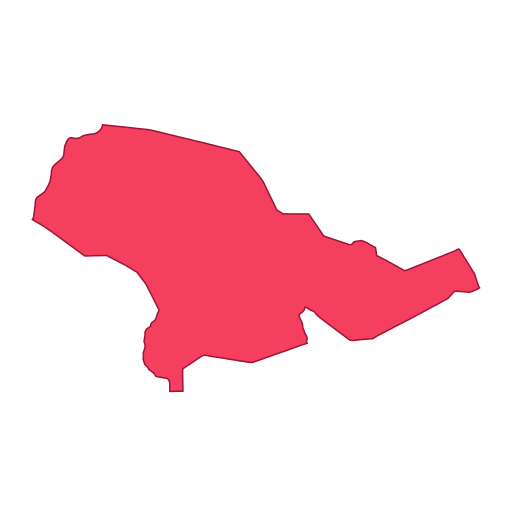 outline of Matões, Maranhão, Brazil, rotated 179°
{"feature_id": "56859067B60490474667229", "entity_name": "Matões", "entity_type": "district", "adm_level": 2, "iso_a3": "BRA", "parent_name": "Brazil", "parent_adm1": "Maranhão", "projection": "mercator", "projection_center": [-43.362, -5.379], "detail": "fine", "context": "isolated", "style": "filled", "palette": "rose", "viewbox_px": 512, "rotation_deg": 179, "n_neighbors": 0, "source": "geoboundaries", "source_scale": "gbopen_adm2", "svg_char_len": 3996}
<svg xmlns="http://www.w3.org/2000/svg" viewBox="0 0 512 512"><g transform="rotate(179 256 256)"><path d="M43.1,216.0L40.3,216.9L35.9,218.6L33.0,220.3L34.1,222.1L35.0,224.9L36.1,228.6L37.0,231.7L37.8,234.0L38.4,235.6L39.6,237.1L40.4,238.6L43.4,243.7L45.7,247.6L48.2,251.6L49.7,254.4L51.7,257.8L53.1,259.4L54.7,259.0L56.3,258.1L57.9,257.3L64.9,254.7L67.4,253.7L69.6,252.8L72.0,251.9L74.1,251.2L77.7,249.8L85.0,247.0L95.2,243.2L105.5,239.3L107.9,238.7L109.6,239.8L115.3,243.2L117.9,244.7L120.2,246.0L126.1,249.4L129.7,251.3L133.1,253.2L135.3,254.2L135.7,256.9L135.9,258.9L136.1,260.6L136.4,262.5L138.5,263.3L139.8,264.4L141.4,265.0L143.1,266.2L145.0,267.4L147.2,268.4L149.1,269.2L150.7,269.6L153.1,269.2L155.4,269.0L157.9,268.5L160.1,265.9L162.2,265.6L165.4,266.8L177.7,271.1L187.8,274.8L189.3,276.8L190.8,279.3L195.2,286.0L199.5,292.5L202.5,297.1L205.9,297.2L218.4,297.4L225.8,297.6L228.3,297.7L229.8,298.7L231.2,299.6L234.3,301.5L247.2,329.4L248.0,331.0L251.7,336.1L252.7,337.4L262.0,349.2L269.4,358.7L270.9,360.6L274.8,361.6L277.3,362.3L280.6,363.2L283.2,363.9L293.5,366.6L300.8,368.6L331.5,376.6L339.9,378.8L350.9,381.7L356.9,383.3L361.9,384.3L365.3,384.7L407.1,389.9L408.0,386.7L410.3,383.9L412.5,382.3L415.2,381.0L419.2,380.7L426.2,379.5L430.1,377.4L433.7,376.6L439.3,377.6L441.3,376.6L442.8,374.8L445.3,369.3L445.8,365.6L446.4,360.9L447.0,358.8L448.6,356.6L454.8,351.5L456.7,349.7L457.8,348.1L459.0,344.7L459.3,341.0L460.7,333.9L463.5,328.3L466.0,324.1L469.2,321.7L474.0,318.4L475.3,315.9L475.7,313.8L475.9,310.9L477.7,298.7L479.0,296.3L468.4,289.9L460.5,284.3L429.7,260.9L427.1,259.0L422.1,259.0L420.1,259.1L417.8,259.1L413.4,259.1L410.4,259.1L408.6,259.1L405.4,259.1L402.5,257.6L401.1,256.8L395.1,253.6L393.3,252.6L386.4,248.9L382.1,246.2L379.8,244.7L377.4,243.2L375.2,241.8L374.0,240.1L372.9,238.6L367.6,231.3L366.3,229.4L364.6,225.9L362.1,220.8L355.6,207.2L353.8,203.6L354.9,201.4L355.9,199.1L356.4,197.4L357.2,195.3L358.3,193.4L359.7,192.4L361.4,191.2L362.3,189.6L362.9,187.3L364.8,186.1L366.5,185.1L367.6,183.6L368.4,181.3L368.3,179.1L368.8,176.1L369.2,174.1L369.4,172.1L368.8,170.2L368.4,168.2L368.8,165.8L369.7,163.1L370.5,161.2L370.3,159.3L370.5,156.9L370.6,154.3L369.7,151.6L368.9,149.2L367.0,147.5L365.9,146.2L365.3,144.6L363.5,143.2L361.5,141.7L359.7,140.0L358.1,137.3L346.5,135.0L345.1,132.8L344.5,130.7L344.5,128.9L344.5,126.6L344.5,124.1L344.6,122.1L342.9,122.1L339.3,122.1L333.1,122.1L331.4,122.1L331.4,131.9L331.4,133.5L331.4,136.9L331.4,138.9L331.4,140.9L331.2,144.5L329.3,145.7L327.2,147.1L324.8,148.5L322.8,149.9L321.1,151.0L319.5,152.0L317.4,153.4L314.7,155.1L312.5,156.5L310.5,157.6L308.5,157.6L306.7,157.3L304.6,156.9L302.1,156.3L299.6,156.0L296.6,155.4L294.2,155.1L292.2,154.7L290.3,154.4L288.3,154.0L286.0,153.5L283.4,153.1L281.6,152.8L279.4,152.4L277.2,152.0L275.2,151.6L272.8,151.2L269.9,150.8L267.6,150.3L265.4,149.9L263.3,149.6L260.9,149.8L259.2,150.3L256.3,151.3L254.4,152.0L252.5,152.5L250.8,153.1L248.9,153.8L247.2,154.3L245.4,154.9L243.5,155.6L241.2,156.3L239.1,157.1L237.5,157.6L235.2,158.4L233.0,159.1L231.5,159.6L229.3,160.2L227.4,161.0L225.6,161.6L223.9,162.2L222.2,162.7L220.4,163.4L218.2,164.0L216.0,164.8L213.5,165.7L210.2,166.7L208.1,167.4L206.4,167.8L207.1,170.2L206.4,171.7L206.4,173.7L207.3,175.9L208.6,178.0L209.3,180.7L210.4,183.1L210.6,186.0L210.9,187.8L211.7,189.9L213.6,193.9L214.0,196.6L210.8,199.0L208.7,201.2L208.0,203.9L206.3,203.5L202.4,200.9L199.1,199.5L197.9,198.5L197.1,197.0L195.4,195.2L193.6,193.6L189.3,190.2L181.2,183.9L177.8,181.2L165.0,171.3L163.0,170.1L161.2,169.8L158.9,170.0L155.3,170.3L150.4,170.7L147.2,170.9L142.5,171.2L140.6,171.3L138.4,172.6L136.6,173.7L134.2,175.0L131.7,176.2L129.8,177.2L128.1,178.0L126.1,179.1L123.5,180.3L121.9,181.1L119.7,182.3L117.4,183.4L115.9,184.1L113.3,185.4L110.8,186.6L108.7,187.7L107.1,188.5L104.5,189.7L101.8,191.1L93.4,195.4L73.8,205.5L69.5,207.8L65.0,210.1L63.7,211.4L61.9,213.4L57.9,217.4L49.9,216.7L48.0,216.5L43.1,216.0Z" fill="#f43f5e" stroke="#9f1239" stroke-width="1.5"/></g></svg>